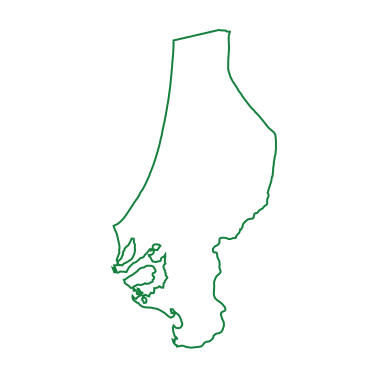 Rio Grande, Rio Grande do Sul, Brazil, rotated 168°
{"feature_id": "56859067B90726041469305", "entity_name": "Rio Grande", "entity_type": "district", "adm_level": 2, "iso_a3": "BRA", "parent_name": "Brazil", "parent_adm1": "Rio Grande do Sul", "projection": "orthographic", "projection_center": [-52.29, -32.209], "detail": "fine", "context": "isolated", "style": "outline", "palette": "green", "viewbox_px": 384, "rotation_deg": 168, "n_neighbors": 0, "source": "geoboundaries", "source_scale": "gbopen_adm2", "svg_char_len": 6067}
<svg xmlns="http://www.w3.org/2000/svg" viewBox="0 0 384 384"><g transform="rotate(168 192 192)"><path d="M119.8,169.6L118.3,171.6L117.7,173.0L117.9,174.5L118.2,175.5L112.2,186.1L110.8,189.9L109.9,190.9L107.9,197.2L107.6,198.8L106.4,201.4L105.9,203.7L104.4,207.3L103.8,209.3L102.4,211.8L101.5,215.1L100.6,217.4L100.6,218.5L99.2,224.8L98.6,230.3L98.9,231.8L99.5,233.3L103.2,238.1L104.7,240.7L107.7,246.9L111.2,253.5L113.7,257.4L114.6,259.3L115.9,261.0L118.2,265.4L122.5,274.4L123.6,277.7L125.2,280.9L125.8,283.1L129.4,292.5L130.4,296.3L130.7,298.5L131.1,303.6L131.0,305.0L129.0,313.9L125.8,325.3L124.4,333.7L123.7,336.6L121.7,340.9L123.8,341.5L124.6,341.8L125.3,342.8L130.4,344.2L132.2,344.9L178.6,344.1L179.4,339.8L181.7,331.1L184.8,321.1L185.3,319.1L190.9,301.2L195.7,287.7L198.2,281.5L199.1,279.2L201.7,272.5L202.4,271.1L203.8,267.6L206.0,262.9L206.8,260.8L207.9,258.7L208.7,256.6L209.9,253.7L210.9,251.6L211.5,250.5L213.5,246.0L216.9,239.4L218.0,237.3L220.8,232.2L224.9,225.3L228.9,219.3L230.5,216.7L232.3,214.2L235.5,209.9L238.1,206.7L239.4,205.2L242.1,202.7L244.6,199.5L247.1,197.0L251.1,193.3L256.1,188.2L260.1,184.3L263.2,181.4L265.6,179.6L268.0,177.9L270.4,176.7L272.2,175.9L273.4,175.8L275.8,175.1L275.2,170.8L274.9,169.8L274.4,167.4L274.2,164.8L274.2,163.0L274.1,155.9L274.5,152.4L275.3,150.5L275.7,147.6L279.3,142.2L279.9,140.7L279.0,139.7L276.8,140.5L274.7,142.1L273.5,144.2L272.8,144.7L271.5,148.3L270.2,149.1L269.7,150.6L267.4,152.2L265.3,153.2L262.7,156.3L260.8,159.0L258.7,158.4L258.9,157.0L259.3,155.2L258.8,152.1L259.4,150.2L259.6,148.4L260.0,146.5L260.7,144.6L261.4,143.4L262.7,141.6L263.8,140.1L264.5,139.4L265.5,138.7L266.7,138.3L269.1,137.2L270.0,136.9L271.5,136.6L272.4,136.3L273.5,136.1L274.5,135.5L275.4,134.7L277.2,135.5L278.6,135.8L279.3,137.0L280.3,136.0L281.9,136.2L283.4,136.4L283.0,133.6L282.3,130.9L282.3,129.2L281.2,128.4L279.3,129.0L277.9,128.9L276.9,128.7L274.9,128.1L274.0,127.7L272.7,127.4L271.7,128.7L269.7,130.9L267.7,132.5L265.7,133.6L264.7,134.4L263.8,134.8L262.3,134.9L261.4,135.1L259.8,135.8L258.0,136.8L256.3,138.1L254.0,138.1L252.6,138.7L251.9,139.5L250.6,140.7L249.0,141.6L244.9,144.9L244.1,144.5L244.3,143.3L243.3,143.4L242.6,144.3L242.2,145.2L241.6,147.2L240.6,148.2L239.5,148.4L237.4,148.2L236.4,147.7L235.0,147.2L234.1,145.9L235.1,145.1L237.9,142.4L239.2,142.6L241.4,143.9L241.6,142.3L242.0,140.8L243.2,139.7L244.8,139.1L247.4,139.3L247.3,138.2L246.3,137.0L245.8,134.7L244.9,132.3L242.0,131.0L239.7,131.2L237.9,131.0L236.9,131.5L235.9,133.6L234.8,134.2L232.7,134.7L231.2,136.3L231.6,133.8L232.4,132.1L233.1,129.4L232.9,127.5L234.2,126.9L235.3,125.4L235.5,124.2L235.1,121.5L234.6,120.5L235.0,118.9L234.5,117.8L235.1,116.5L234.3,114.5L233.9,113.4L236.8,110.7L237.2,109.7L238.7,108.7L239.7,105.2L240.1,104.4L241.9,104.9L242.7,105.9L243.5,106.6L244.6,105.8L246.1,105.8L247.4,105.5L249.0,105.8L249.2,103.7L249.7,102.9L250.4,101.2L251.4,101.2L253.2,102.0L254.0,101.0L255.1,100.2L255.5,98.8L256.4,99.0L258.5,100.8L260.2,101.3L261.5,100.0L262.2,101.1L263.0,101.7L265.3,101.2L267.2,100.4L269.0,99.1L270.0,99.8L271.0,100.1L271.1,101.4L271.7,102.6L272.2,101.1L271.7,98.5L268.7,95.1L267.4,94.5L266.7,92.8L265.6,91.5L264.3,90.1L261.4,88.8L256.1,87.4L250.0,84.7L246.8,82.1L243.7,79.1L240.7,75.1L238.9,73.5L236.1,74.1L235.0,75.2L234.3,76.2L234.7,77.2L237.2,77.8L237.0,78.9L237.4,80.1L237.1,81.7L235.4,81.4L234.3,79.1L233.1,77.4L231.0,75.1L230.3,73.7L229.5,70.9L229.3,68.1L228.8,65.5L229.3,63.9L229.8,63.1L231.5,61.8L232.4,61.6L233.6,61.6L236.0,62.5L237.8,65.2L238.9,63.4L239.2,61.1L239.3,58.9L239.0,57.3L239.0,55.0L237.4,52.7L236.8,50.9L238.5,52.7L239.5,51.3L240.0,49.7L240.6,50.3L241.5,51.3L241.4,49.1L241.1,47.9L239.9,45.9L238.8,45.3L238.9,44.0L233.9,43.8L232.8,43.5L229.5,41.5L225.2,39.9L217.2,39.1L214.9,39.1L213.5,39.9L211.3,41.8L210.4,42.2L208.8,42.5L206.9,42.3L205.3,42.6L202.5,44.0L201.7,44.9L200.7,47.0L198.2,48.3L194.3,48.4L192.9,48.8L191.1,50.3L188.6,54.5L188.0,58.0L188.8,61.4L189.1,64.4L189.2,66.5L188.5,67.8L187.7,68.3L184.3,69.2L183.7,70.1L183.7,72.0L184.9,74.7L186.4,77.2L190.5,81.7L191.6,83.7L192.0,86.4L191.8,88.2L190.1,94.1L189.3,98.6L188.6,100.4L186.7,103.2L185.3,104.6L181.6,106.8L180.9,107.6L180.5,108.6L180.9,112.7L180.0,115.4L179.7,118.2L180.2,121.1L180.7,123.1L180.6,124.2L180.4,125.4L180.4,127.1L181.3,128.0L182.4,128.1L183.4,128.6L183.8,129.8L183.6,131.2L183.1,132.3L181.8,133.4L181.0,134.0L180.1,134.3L178.7,134.6L177.6,135.0L176.0,136.3L175.5,137.7L175.1,139.5L174.7,140.5L173.8,141.0L172.5,141.1L170.2,140.6L168.7,140.1L167.6,139.5L166.5,138.7L165.6,138.3L164.5,138.0L163.5,138.1L162.3,138.3L161.4,138.4L159.7,138.0L158.5,138.2L158.2,139.3L157.1,140.4L154.5,142.2L153.7,143.2L153.2,144.2L152.7,145.4L151.9,145.1L149.8,147.4L149.5,148.4L149.0,149.6L148.0,150.7L147.2,151.3L143.9,153.2L142.6,153.6L138.0,153.5L136.9,154.4L136.3,156.1L135.6,157.5L134.4,158.1L133.4,157.9L132.3,158.1L130.3,159.9L129.2,160.4L127.3,160.9L126.2,161.4L125.1,162.4L123.7,163.3L122.2,163.8L121.4,164.3L120.7,165.6L120.3,167.9L119.8,169.6ZM261.5,100.0L259.3,97.4L259.0,95.2L260.0,93.4L262.0,93.4L262.3,95.2L262.9,96.0L263.1,97.9L262.2,98.2L261.5,100.0ZM269.4,110.9L268.7,111.7L266.8,111.8L265.6,112.6L263.8,112.6L262.3,111.9L261.0,111.7L259.6,111.8L256.7,112.5L256.0,111.7L253.0,111.4L251.2,112.1L250.1,112.2L249.1,112.7L248.8,114.1L247.4,115.0L246.8,115.8L246.8,116.9L247.8,118.2L247.7,119.7L247.3,120.6L245.1,121.1L244.0,122.1L244.0,123.2L245.2,126.9L246.7,128.0L247.5,128.4L251.3,129.2L252.6,129.1L254.6,128.2L257.0,128.4L259.3,127.8L262.5,125.6L265.0,124.6L266.0,123.9L271.5,122.2L275.8,120.2L276.9,120.3L276.6,118.5L276.7,117.1L275.6,115.6L273.0,113.0L272.7,112.0L271.6,110.8L269.4,110.9ZM266.1,103.2L263.4,103.6L260.8,103.4L262.8,104.7L264.3,104.8L265.3,106.0L266.9,105.6L267.1,103.9L266.1,103.2ZM282.3,129.2L283.5,130.8L284.4,133.6L285.4,134.3L284.9,131.3L284.7,129.6L282.3,129.2ZM269.4,110.9L269.6,107.6L268.8,107.2L267.3,107.8L268.7,108.6L269.4,110.9ZM264.7,106.7L263.7,106.6L264.1,108.1L265.0,108.6L264.7,106.7ZM279.0,139.7L279.8,137.9L279.3,137.0L279.0,139.7Z" fill="none" stroke="#15803d" stroke-width="2"/></g></svg>